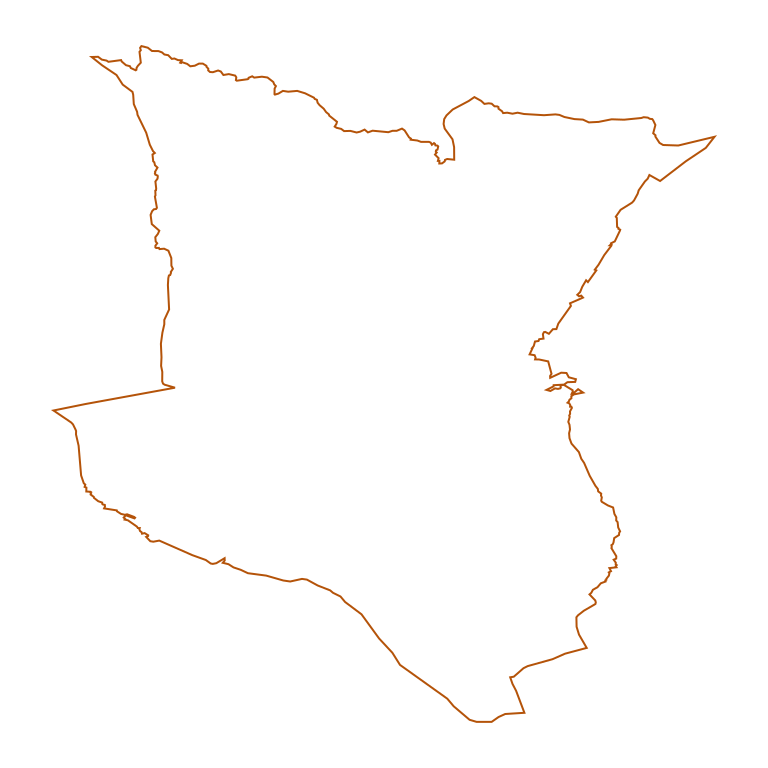 outline of "Øvre Eiker" nor, Buskerud, Norway
{"feature_id": "86288312B28419209750879", "entity_name": "\"Øvre Eiker\" nor", "entity_type": "district", "adm_level": 2, "iso_a3": "NOR", "parent_name": "Norway", "parent_adm1": "Buskerud", "projection": "robinson", "projection_center": [9.827, 59.744], "detail": "fine", "context": "isolated", "style": "outline", "palette": "amber", "viewbox_px": 768, "rotation_deg": 0, "n_neighbors": 0, "source": "geoboundaries", "source_scale": "gbopen_adm2", "svg_char_len": 6025}
<svg xmlns="http://www.w3.org/2000/svg" viewBox="0 0 768 768"><path d="M476.7,721.9L491.6,721.9L498.6,717.0L505.2,714.0L524.4,712.8L516.1,690.8L512.5,683.9L510.2,677.3L513.8,676.7L523.5,668.2L527.7,666.1L552.5,659.2L565.0,653.7L586.7,647.9L579.0,634.6L576.6,626.8L576.4,617.3L578.0,615.3L583.9,610.7L595.4,604.0L595.8,602.4L595.3,600.5L589.5,594.4L591.3,592.8L592.9,589.8L597.5,587.2L600.8,583.3L605.6,581.5L605.3,580.4L606.4,579.8L606.3,578.9L608.9,575.6L609.4,573.3L608.8,572.4L611.0,571.2L609.4,568.1L616.4,567.3L615.7,566.3L616.7,565.1L615.7,564.4L615.8,562.7L613.7,559.7L616.2,558.6L616.3,556.2L611.4,548.1L611.8,547.0L611.4,545.2L612.7,544.3L613.5,542.5L614.2,538.1L619.0,535.0L619.2,532.7L620.1,531.4L618.2,527.5L617.6,522.1L616.2,520.5L616.3,517.3L614.4,513.9L613.1,507.5L608.0,505.5L601.8,501.8L601.2,500.7L601.8,497.4L601.0,495.5L601.2,493.6L598.2,491.4L597.8,488.9L595.4,485.8L589.7,475.8L584.1,462.9L581.3,458.8L578.9,452.1L571.5,443.6L569.5,438.2L569.1,433.2L570.0,429.5L569.5,424.8L568.3,421.9L569.7,416.8L569.2,415.7L570.1,413.8L570.0,411.4L571.9,407.9L571.4,406.7L570.1,406.7L570.2,405.0L569.3,403.4L567.6,402.7L568.8,401.5L569.5,399.7L571.4,398.3L571.3,396.2L573.9,394.4L583.1,392.6L578.1,389.2L573.0,393.7L571.7,393.8L572.8,391.4L572.6,390.2L563.9,384.9L560.4,385.3L560.8,387.6L560.3,388.3L558.0,388.9L555.0,388.4L550.4,391.0L546.5,389.9L553.5,386.4L553.6,385.2L564.1,384.6L567.4,382.2L575.2,381.9L575.9,379.2L568.8,377.3L566.5,373.0L561.2,372.7L550.2,377.8L550.1,376.0L551.5,373.8L548.2,361.4L539.2,359.5L535.1,359.4L535.6,357.7L534.6,355.2L529.6,354.4L532.5,348.2L532.1,348.1L533.8,345.9L535.0,341.5L538.5,341.0L539.2,339.2L543.5,338.6L542.9,334.2L543.9,332.2L545.2,331.9L548.9,333.8L552.9,329.2L556.4,329.1L558.3,323.6L570.9,305.9L570.0,303.3L583.0,297.6L581.2,295.6L579.1,296.3L577.3,294.8L580.1,292.1L582.3,286.7L586.1,280.3L587.9,282.1L596.3,270.4L594.8,269.7L598.5,264.8L604.3,255.0L611.3,245.8L611.5,245.2L610.0,245.2L611.3,244.0L611.0,243.3L614.8,241.4L620.0,230.5L620.2,229.7L618.4,228.8L618.5,228.0L617.1,226.9L616.8,217.9L615.8,216.7L620.6,209.8L632.1,202.6L634.0,200.5L637.7,193.7L638.7,190.3L644.9,181.5L647.7,178.7L649.4,175.0L660.1,181.0L685.8,161.3L705.8,147.9L714.5,136.8L678.3,145.5L663.1,145.0L659.5,142.9L655.4,136.6L655.5,135.3L653.2,133.3L655.4,125.0L653.2,120.4L652.3,119.1L649.8,118.8L647.8,117.6L643.7,117.2L641.3,118.0L624.1,119.7L611.6,119.3L598.6,121.9L588.9,122.4L582.9,119.6L574.5,119.1L564.4,117.0L559.4,114.9L555.4,114.4L544.0,115.2L524.0,114.0L517.6,112.7L512.5,113.7L507.2,112.7L503.1,113.1L502.1,111.3L498.5,108.7L498.4,107.0L497.3,106.4L494.5,106.3L491.7,103.7L488.7,103.3L484.4,103.9L481.2,100.9L474.4,97.1L468.7,101.0L452.7,109.5L446.5,115.4L444.2,119.1L443.6,124.0L444.7,128.6L452.5,139.3L454.1,147.1L454.2,159.7L447.2,159.0L445.0,159.9L444.7,161.4L442.0,163.4L439.3,163.5L439.4,160.9L437.9,160.9L438.6,158.2L435.0,154.6L436.7,152.5L435.8,151.8L436.0,150.4L437.5,149.6L438.2,146.4L437.4,145.6L435.4,145.4L435.0,143.9L434.0,143.1L431.9,144.8L430.7,142.6L429.0,141.9L421.1,141.9L417.3,140.5L410.6,139.7L410.9,138.6L409.1,137.4L404.6,130.4L402.0,128.6L396.7,130.8L392.5,130.8L388.3,132.2L372.6,130.7L367.9,132.4L364.6,129.6L360.1,131.7L356.6,132.5L350.4,130.9L344.1,131.1L341.2,128.9L336.6,127.8L334.7,126.6L336.4,123.9L337.0,121.8L329.2,115.6L328.9,114.4L326.1,112.1L323.7,108.7L319.6,105.2L317.6,102.7L316.9,99.8L314.7,98.9L314.0,97.7L305.1,93.3L297.2,90.9L288.2,91.7L282.9,90.9L278.4,93.6L274.9,94.6L274.5,94.2L274.6,88.6L275.9,86.1L274.2,84.3L273.3,82.0L267.5,77.5L261.9,76.7L254.2,77.6L252.2,76.3L248.6,77.8L248.4,78.8L247.7,79.2L236.8,80.7L235.9,80.1L236.3,77.3L235.2,75.6L228.8,74.1L223.4,75.0L220.8,71.5L218.1,70.5L212.9,72.2L210.0,72.0L208.2,70.4L208.3,68.7L206.5,66.8L206.4,65.8L202.8,63.6L199.0,63.6L194.8,65.7L190.3,66.3L187.2,63.9L181.8,62.1L181.1,63.0L180.2,62.7L181.7,60.3L178.0,60.1L174.4,58.5L171.8,58.9L168.2,55.2L164.4,54.5L162.0,52.4L158.5,51.1L152.0,51.0L147.8,47.7L141.4,46.1L140.1,47.9L140.8,50.2L139.5,51.8L140.8,62.7L137.9,65.8L136.6,67.8L136.4,69.8L135.7,70.3L130.8,68.0L129.9,66.2L126.0,65.2L121.7,61.5L121.1,60.1L108.4,61.8L106.6,60.6L101.8,59.6L98.1,56.8L91.7,57.0L102.1,65.3L116.5,75.0L122.7,84.6L132.5,91.9L133.2,94.8L133.8,104.1L137.1,111.8L137.5,114.8L146.2,132.7L149.8,144.7L153.0,151.1L154.8,153.0L152.5,154.5L153.2,161.3L154.3,162.3L155.0,165.3L157.5,167.6L155.0,171.9L155.3,172.9L154.9,173.4L155.3,174.6L157.6,175.6L157.8,176.6L157.5,178.7L155.4,181.5L156.2,188.5L156.0,190.2L155.3,190.6L155.5,195.4L154.9,196.5L156.9,207.8L156.1,209.0L153.9,209.3L152.1,211.2L150.6,214.9L151.8,224.1L159.3,230.7L157.9,233.9L155.3,237.2L155.7,241.5L157.2,243.3L155.4,245.7L155.4,247.4L156.2,248.0L158.9,247.9L159.5,249.1L164.1,248.7L168.4,250.7L171.3,258.0L171.4,265.7L172.9,268.8L170.8,272.0L171.0,272.8L170.2,275.0L168.9,275.5L168.3,278.2L167.9,285.0L169.1,309.5L164.3,319.9L164.3,324.3L162.4,332.7L160.9,343.8L161.5,357.3L161.1,365.9L162.3,371.9L162.2,381.3L163.0,383.6L164.6,384.7L175.0,387.7L85.6,404.0L53.5,410.5L71.2,422.5L73.0,424.4L75.5,429.5L76.1,431.0L76.0,434.4L78.6,445.7L81.1,475.4L83.8,483.3L85.3,484.6L84.6,486.9L86.4,487.6L86.3,491.5L90.6,491.8L91.1,492.2L90.5,492.8L91.1,494.0L90.7,494.6L93.8,496.9L94.0,497.9L98.2,501.2L102.2,502.6L102.3,504.0L102.9,504.5L104.8,504.9L105.0,506.5L104.1,508.4L116.8,510.4L117.0,511.3L121.0,513.9L124.9,514.8L127.1,514.3L134.1,516.9L135.1,517.7L134.5,518.4L125.8,515.3L123.7,517.6L125.2,518.9L124.7,519.6L127.9,520.3L136.9,526.6L137.8,528.0L139.7,528.1L139.3,529.1L140.1,531.1L141.6,532.2L142.0,533.7L144.6,533.1L148.2,535.3L148.1,536.0L146.2,536.9L150.3,541.2L153.3,541.7L159.3,540.6L192.2,555.1L205.8,560.0L210.7,563.5L212.8,563.9L216.3,563.2L224.6,558.2L224.7,560.5L222.8,562.8L228.5,564.2L233.5,567.4L240.7,569.8L247.9,573.2L266.2,575.6L283.3,580.5L290.2,581.5L302.0,578.9L306.9,579.6L317.7,585.5L330.2,590.4L333.0,592.8L340.5,596.5L345.1,602.0L361.5,614.3L379.1,638.5L392.4,652.8L400.0,664.9L447.3,698.7L453.7,706.3L469.6,719.8L476.7,721.9Z" fill="none" stroke="#b45309" stroke-width="2"/></svg>